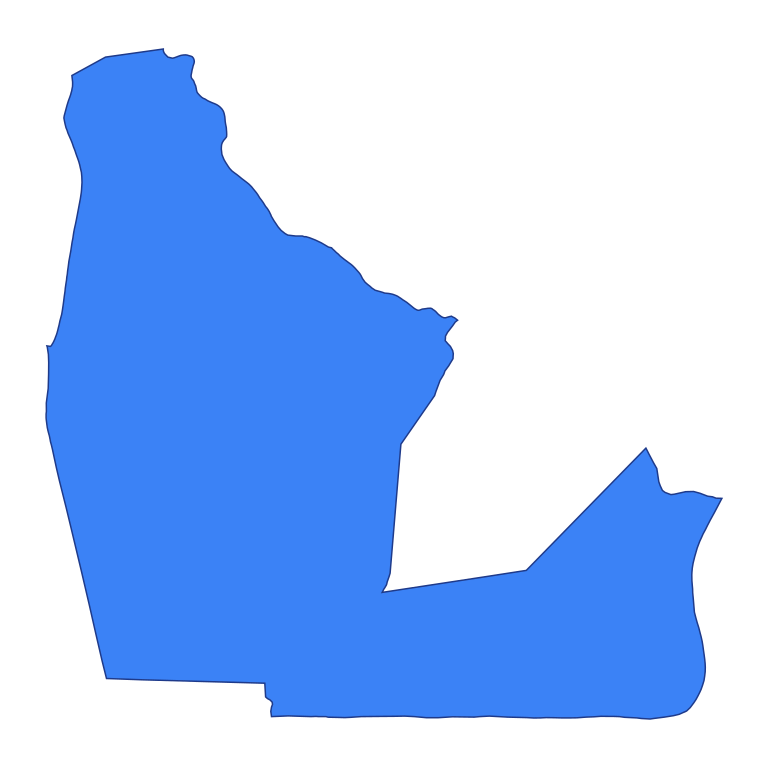 La Tourney/Cedar Heights, Laborie, Saint Lucia (orthographic projection)
{"feature_id": "8701671B9732663070943", "entity_name": "La Tourney/Cedar Heights", "entity_type": "district", "adm_level": 2, "iso_a3": "LCA", "parent_name": "Saint Lucia", "parent_adm1": "Laborie", "projection": "orthographic", "projection_center": [-60.965, 13.743], "detail": "fine", "context": "isolated", "style": "filled", "palette": "blue", "viewbox_px": 768, "rotation_deg": 0, "n_neighbors": 0, "source": "geoboundaries", "source_scale": "gbopen_adm2", "svg_char_len": 5719}
<svg xmlns="http://www.w3.org/2000/svg" viewBox="0 0 768 768"><path d="M106.5,678.5L142.6,679.8L264.8,683.2L265.6,696.9L267.5,698.6L270.1,700.0L272.2,702.2L272.5,704.4L271.5,707.1L270.8,711.3L271.5,716.6L288.3,715.9L311.1,716.6L316.0,716.4L318.6,716.6L326.0,716.6L328.2,717.2L337.5,717.4L344.9,717.6L351.0,717.3L352.3,717.2L361.2,716.6L370.5,716.5L381.2,716.4L393.6,716.3L404.6,716.1L414.4,716.6L426.3,717.7L438.3,717.7L452.5,716.8L474.2,717.1L479.7,716.6L489.4,716.1L507.5,717.1L526.9,717.6L533.9,718.0L540.5,717.9L546.1,717.6L553.8,717.7L561.5,717.9L570.6,717.9L576.9,717.8L586.2,717.1L594.0,716.8L600.9,716.3L609.5,716.4L613.5,716.4L619.4,716.6L624.6,717.3L630.6,717.6L636.8,717.9L641.4,718.5L650.1,719.0L654.3,718.4L664.5,717.1L673.4,715.7L679.2,714.3L686.6,711.0L690.2,707.6L692.0,705.2L693.8,702.8L696.0,699.5L698.1,695.6L699.8,692.2L701.1,689.4L702.6,685.1L704.0,680.5L704.4,677.9L704.7,676.0L705.2,671.6L705.3,667.2L705.1,663.2L704.7,659.1L704.1,654.6L703.5,650.4L702.9,646.0L702.2,641.6L701.2,637.1L700.1,632.9L698.8,627.8L697.2,622.7L696.0,618.4L694.4,612.2L693.3,599.0L692.7,592.7L692.6,588.9L692.2,584.4L691.9,580.6L691.8,574.9L691.9,572.7L692.3,568.0L693.1,563.2L694.7,556.7L697.2,548.0L699.7,541.4L701.6,537.3L703.0,534.1L705.7,529.1L707.4,525.6L710.3,520.0L714.6,512.2L721.5,499.1L721.9,498.4L721.0,498.3L716.1,498.2L712.5,496.8L707.7,496.2L700.1,493.3L694.3,491.7L693.4,491.5L689.1,491.6L685.6,491.7L680.7,492.8L674.3,494.2L670.9,494.6L667.9,493.5L665.0,492.4L662.4,490.4L660.3,485.9L659.7,484.3L658.8,481.7L656.8,468.5L653.6,462.9L648.8,453.8L647.0,450.2L645.9,448.1L526.3,570.4L488.1,576.3L382.2,592.4L382.6,591.6L383.4,590.0L383.8,589.2L384.7,587.9L386.4,585.0L386.7,584.1L387.2,581.9L389.1,576.5L389.7,574.5L390.1,573.2L400.9,444.2L422.6,412.9L434.6,395.6L435.9,391.6L440.1,380.3L443.6,374.6L444.3,372.8L444.9,371.0L448.8,365.7L449.6,364.3L453.0,358.7L453.1,356.3L453.3,353.7L452.9,351.8L452.7,350.7L450.4,346.4L447.8,343.7L446.2,341.8L445.2,340.7L445.4,338.8L445.5,336.1L446.5,334.3L447.5,332.4L452.7,325.7L455.2,322.1L455.7,321.7L457.6,320.2L454.7,317.9L453.0,317.1L452.2,316.7L451.5,316.2L449.6,316.6L447.4,317.2L445.5,317.8L443.7,317.7L441.6,316.8L439.3,315.1L438.3,314.3L436.6,312.5L435.6,311.4L434.2,310.3L432.8,309.4L432.0,308.7L430.7,308.2L427.9,308.3L426.1,308.6L423.9,308.9L422.2,309.1L419.7,310.1L418.8,310.3L417.6,310.2L415.9,309.4L414.4,308.5L412.6,307.1L411.9,306.5L410.2,305.1L409.2,304.3L408.2,303.5L406.7,302.3L405.3,301.4L404.1,300.6L403.1,300.0L401.3,298.7L397.7,296.3L396.5,295.7L394.7,295.0L392.8,294.3L391.0,293.9L388.9,293.5L387.0,293.3L384.7,293.1L382.8,292.4L379.8,291.5L378.6,291.2L375.1,290.2L374.1,289.5L372.0,288.1L369.9,286.2L367.7,284.5L366.2,283.2L365.0,282.1L363.5,280.0L362.5,278.6L360.9,275.4L360.0,273.9L358.8,272.4L356.4,269.7L355.1,268.2L352.8,265.9L351.2,264.5L348.9,262.8L347.4,261.7L344.2,259.3L341.7,257.3L340.0,255.9L338.3,254.1L336.3,252.5L334.4,250.6L332.2,248.6L331.6,247.8L328.5,247.1L321.4,242.9L315.3,240.0L313.0,239.1L309.7,237.8L306.0,236.7L304.3,236.7L302.3,236.0L295.6,236.0L287.8,235.1L285.0,233.5L281.1,230.4L278.1,226.9L274.0,220.8L271.1,215.9L271.1,215.4L270.0,213.2L269.2,211.5L267.3,208.5L265.5,206.3L263.3,202.7L261.9,200.7L259.6,197.7L257.8,194.7L256.3,192.6L255.0,191.0L253.1,188.7L251.6,186.8L249.7,184.9L249.0,184.2L247.4,182.9L245.6,181.5L243.5,179.9L241.9,178.7L239.5,176.7L236.6,174.4L234.9,173.2L232.8,171.6L231.7,170.7L229.6,168.4L228.0,166.1L225.5,162.2L224.0,159.6L222.8,156.7L221.9,154.4L221.6,151.5L221.3,149.1L221.4,146.6L221.6,144.7L222.3,142.6L222.8,141.8L223.7,140.3L224.9,139.0L226.3,137.2L226.6,136.5L226.7,134.4L226.6,131.8L226.4,129.2L226.3,127.6L225.6,124.1L225.2,121.5L225.0,118.8L224.8,116.7L224.2,113.8L223.7,112.1L223.1,110.8L222.0,109.1L221.1,108.1L219.8,106.8L218.5,105.8L216.8,104.7L215.3,104.0L214.4,103.6L212.3,102.8L210.7,102.1L208.7,101.2L207.5,100.6L205.8,99.5L204.6,98.8L203.6,98.5L201.7,97.3L200.0,95.7L198.5,94.1L197.5,92.9L197.0,92.0L196.5,90.2L196.3,88.8L196.0,87.4L195.6,85.7L194.9,84.3L194.4,83.0L193.8,81.2L193.1,80.1L192.1,78.9L191.5,78.1L191.1,76.5L191.1,75.3L191.3,74.2L191.6,72.8L191.9,71.0L192.2,69.5L192.6,68.1L193.1,65.9L193.6,64.5L194.1,63.0L194.3,61.4L194.1,60.0L193.5,58.3L192.3,56.8L191.0,56.2L189.5,55.8L187.2,55.1L185.7,54.9L183.3,55.0L180.9,55.4L178.8,56.1L176.7,56.9L174.2,57.8L172.5,58.2L167.9,57.1L165.7,54.8L164.6,53.6L163.9,52.4L163.4,51.0L163.3,50.4L163.3,49.0L105.5,57.1L71.9,75.5L72.1,77.4L72.4,80.2L72.6,81.9L72.6,84.4L72.5,86.7L72.1,88.5L71.7,90.9L71.2,92.5L70.6,94.8L69.7,97.4L68.4,100.9L67.0,105.4L65.6,110.6L64.2,115.9L63.9,118.0L64.5,121.3L65.1,124.1L66.0,127.7L67.1,130.4L68.0,133.2L68.7,134.8L70.2,138.2L71.2,140.5L72.3,143.3L73.6,147.2L74.2,148.6L75.1,151.0L75.7,152.9L76.7,155.8L77.3,157.4L78.3,160.2L78.9,162.0L79.7,164.9L80.2,167.2L80.9,170.3L81.4,172.3L81.8,176.6L81.9,179.3L82.0,182.5L81.8,185.7L81.7,187.2L81.6,189.2L81.3,192.4L80.8,195.8L80.3,199.0L77.3,214.9L76.3,220.1L75.4,224.5L74.5,228.4L73.7,232.6L73.2,235.9L72.9,238.1L72.1,242.2L71.4,246.9L70.8,250.9L68.9,261.3L68.2,266.9L67.6,271.0L67.3,274.1L66.8,277.1L66.5,280.2L66.0,283.3L65.3,288.1L65.0,291.3L64.3,296.1L63.7,301.0L63.1,305.4L62.3,310.8L61.7,314.3L59.9,321.0L59.1,324.9L58.3,328.0L57.9,329.7L57.1,332.7L56.4,334.9L55.6,336.9L54.9,338.9L53.8,341.3L53.1,342.7L52.0,344.5L51.5,345.4L50.5,346.4L46.9,345.9L47.3,347.2L48.4,354.4L48.7,362.5L48.6,374.0L48.2,388.5L46.3,403.0L46.4,411.4L46.1,414.0L46.1,415.8L46.1,417.9L46.3,420.1L46.7,423.2L47.0,425.5L47.3,427.7L47.9,430.4L48.5,432.8L49.3,435.6L50.0,439.0L50.5,441.8L51.5,445.4L52.4,449.2L56.3,467.4L59.3,480.3L66.2,507.8L71.7,530.6L81.5,571.6L89.1,604.1L95.9,634.1L102.2,661.3L106.5,678.5Z" fill="#3b82f6" stroke="#1e3a8a" stroke-width="1.5"/></svg>